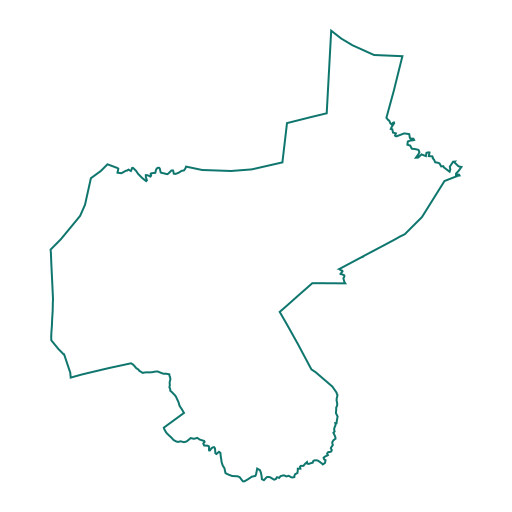 Cosoltepec, Oaxaca, Mexico (Albers equal-area conic projection)
{"feature_id": "50627088B93922556769206", "entity_name": "Cosoltepec", "entity_type": "district", "adm_level": 2, "iso_a3": "MEX", "parent_name": "Mexico", "parent_adm1": "Oaxaca", "projection": "albers", "projection_center": [-97.794, 18.142], "detail": "fine", "context": "isolated", "style": "outline", "palette": "teal", "viewbox_px": 512, "rotation_deg": 0, "n_neighbors": 0, "source": "geoboundaries", "source_scale": "gbopen_adm2", "svg_char_len": 5069}
<svg xmlns="http://www.w3.org/2000/svg" viewBox="0 0 512 512"><path d="M345.2,283.3L344.3,281.9L344.0,280.5L343.5,278.9L343.4,278.2L344.1,277.2L344.4,276.2L344.3,275.4L343.9,275.1L343.1,274.8L341.8,274.3L340.5,274.0L340.5,273.7L341.1,273.2L341.8,272.2L342.5,271.5L342.4,271.0L342.2,270.7L340.9,270.2L340.2,269.9L339.7,269.1L339.3,269.0L363.0,256.4L362.8,256.8L363.3,256.6L363.5,256.1L378.8,248.0L393.5,240.2L397.5,238.0L398.3,237.5L399.5,236.8L404.8,234.2L422.0,217.0L444.5,181.0L458.1,175.7L459.5,175.5L459.1,174.7L457.9,174.6L456.0,175.1L456.1,173.5L458.5,171.0L461.4,167.0L458.5,166.3L454.2,162.1L454.7,161.6L453.1,161.7L449.8,166.7L450.3,169.5L449.6,171.7L443.9,167.4L443.3,166.2L441.2,166.4L439.5,163.4L437.7,162.7L435.2,162.3L434.0,159.6L432.8,158.4L432.9,157.7L432.4,156.4L428.8,156.1L429.5,152.5L428.8,152.3L426.5,152.8L425.9,156.1L421.5,154.4L418.1,157.6L415.9,157.7L418.5,154.1L419.4,152.2L418.6,150.1L417.9,149.7L414.1,148.9L412.1,148.9L411.1,147.6L410.9,146.9L410.2,145.6L407.4,144.7L407.8,141.5L410.5,140.5L413.0,140.3L414.1,140.0L413.4,138.7L410.8,138.6L409.9,138.0L409.2,134.1L404.2,133.4L396.6,136.3L395.7,136.2L395.0,135.6L395.9,133.4L393.0,132.6L392.3,129.3L390.8,129.0L391.5,127.3L394.2,123.1L393.9,122.4L392.9,122.9L391.6,124.4L390.4,123.4L389.2,120.6L388.3,120.1L386.4,117.8L393.9,90.4L398.9,70.2L402.4,56.2L374.1,55.0L367.8,52.2L352.5,45.3L341.3,38.6L331.2,30.7L326.7,113.3L311.7,116.9L293.4,121.5L287.0,123.1L282.4,162.4L280.6,162.8L251.7,169.4L230.9,171.0L211.5,170.3L202.2,170.0L192.2,167.9L187.0,166.8L186.1,166.6L185.3,168.6L183.9,170.5L181.7,170.8L178.9,172.6L176.8,173.5L175.1,173.9L173.8,173.7L173.2,170.9L172.9,170.4L171.4,170.5L168.3,173.6L167.1,174.2L163.8,173.3L162.0,173.0L160.7,172.5L159.8,168.6L159.2,167.8L157.8,167.8L156.8,168.5L156.0,169.9L155.3,172.8L151.4,173.3L150.8,173.6L150.6,173.9L151.1,175.3L150.6,176.5L150.4,176.6L148.7,175.7L146.8,175.1L145.8,175.1L145.9,177.4L146.9,180.3L146.2,181.1L144.3,179.7L142.3,178.1L138.2,174.0L136.1,170.9L133.9,168.7L132.8,167.8L132.0,168.1L131.6,169.5L130.9,171.0L128.5,169.6L127.1,170.6L126.2,170.6L121.4,173.2L117.5,172.7L118.3,168.7L117.4,168.0L107.5,164.3L100.8,171.0L90.9,178.2L89.3,185.4L85.0,204.8L80.1,215.9L60.9,239.2L59.9,240.2L50.6,249.6L50.9,253.1L51.3,263.3L52.7,292.3L53.0,299.2L52.8,303.6L52.8,305.8L52.7,308.8L52.7,310.4L52.1,320.2L51.9,325.8L51.4,332.3L51.3,334.3L51.2,337.2L51.3,340.3L58.4,349.0L60.5,351.1L63.6,354.3L64.1,354.3L70.3,372.8L70.4,374.5L70.6,376.3L70.7,377.6L81.8,374.5L101.1,369.9L109.2,368.0L131.0,363.3L133.0,364.5L134.7,366.3L136.2,368.1L137.5,369.0L138.4,369.5L139.1,370.6L140.1,371.3L141.6,372.2L142.7,372.9L144.0,372.6L145.6,372.4L148.2,372.3L149.8,372.4L152.9,372.1L155.0,371.6L157.8,371.5L160.1,372.5L161.9,373.2L163.1,373.6L164.3,373.8L166.0,373.7L169.3,374.3L169.5,375.9L170.1,377.2L170.4,379.3L170.0,380.7L169.7,382.1L169.7,383.5L169.8,385.5L169.4,387.2L170.2,389.1L170.3,390.8L171.9,392.1L173.3,393.6L174.7,395.0L176.0,396.7L177.1,399.2L178.3,401.7L178.9,403.5L179.4,405.4L180.5,407.3L181.3,408.4L184.0,412.9L166.5,425.7L163.8,427.7L164.2,429.0L165.2,430.8L166.4,432.8L167.9,434.3L169.5,435.9L170.8,437.0L173.7,440.1L176.5,441.6L178.3,441.9L180.5,441.3L184.1,442.2L186.7,441.4L188.9,439.6L190.6,438.1L194.0,438.8L197.3,437.9L199.6,439.5L201.9,440.3L204.1,440.9L204.6,441.9L203.9,442.7L203.3,443.5L204.1,445.5L207.5,445.7L208.7,446.2L209.1,447.1L209.0,449.2L209.1,450.4L209.8,450.5L210.8,449.2L211.6,448.2L213.0,447.3L214.2,447.2L215.0,448.5L215.4,453.3L216.4,454.0L219.0,451.8L220.4,452.9L220.8,456.7L221.2,459.0L221.6,462.1L222.8,465.7L224.4,468.1L225.5,473.1L228.0,474.4L232.1,476.0L237.7,476.3L239.7,477.2L241.5,479.6L242.9,481.3L244.5,481.3L247.9,479.3L251.8,476.7L255.4,475.9L256.1,474.1L257.2,468.6L260.0,470.2L261.0,473.0L261.4,475.1L261.7,477.0L261.9,479.2L263.9,480.2L266.7,477.2L267.9,476.9L270.0,477.2L271.8,478.3L274.2,479.7L276.1,478.8L276.8,477.3L278.0,477.4L279.1,477.9L280.6,476.1L282.2,475.7L283.9,475.3L285.2,475.9L286.3,476.4L288.8,475.8L290.9,477.1L292.2,477.5L294.3,477.1L294.5,475.6L295.0,474.3L297.4,473.0L297.7,471.2L297.8,468.7L300.4,468.7L300.0,466.8L300.8,465.9L303.4,465.9L304.9,464.0L307.0,462.1L307.4,463.7L308.8,463.9L310.7,463.2L312.7,462.7L313.3,461.0L314.1,460.5L314.9,460.3L316.5,460.3L317.9,460.6L318.9,461.3L320.6,462.5L322.0,463.6L322.8,464.4L324.8,463.1L325.3,461.6L325.5,460.2L324.1,459.3L323.6,457.7L325.1,456.5L327.9,455.2L327.1,453.6L328.2,452.1L329.8,452.0L331.2,451.5L331.8,450.1L330.8,448.2L331.3,447.2L332.8,445.1L332.3,443.2L332.3,442.1L333.4,440.3L335.5,438.7L335.4,437.3L334.6,435.3L333.4,432.7L334.6,431.5L334.1,429.2L334.5,427.5L335.1,426.2L335.6,424.7L335.3,423.1L336.5,423.2L336.9,420.3L337.3,418.2L337.6,416.5L336.4,414.1L335.9,413.0L336.1,411.2L336.2,409.9L336.2,407.6L337.1,405.7L337.2,403.2L336.6,400.8L336.7,398.3L337.2,396.5L337.5,395.0L336.9,394.1L336.6,392.7L332.4,386.6L330.3,384.8L315.5,372.1L311.4,369.4L305.1,357.6L297.8,343.9L286.8,324.2L279.7,311.9L285.7,306.7L297.5,296.2L312.3,283.2L320.2,283.2L336.8,283.3L345.2,283.3Z" fill="none" stroke="#0f766e" stroke-width="2"/></svg>